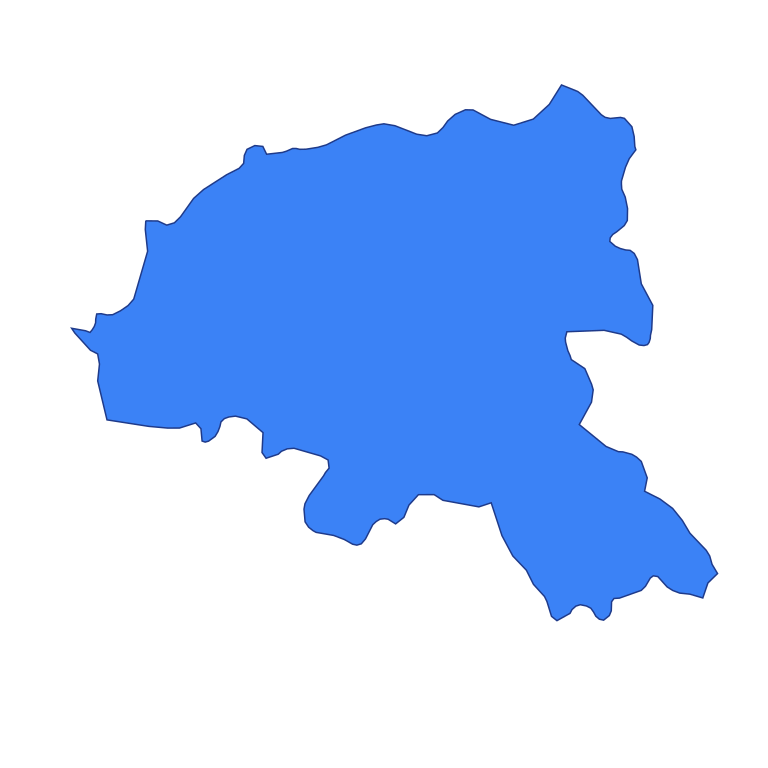 Guarda, Robinson projection, rotated 261°
{"feature_id": "PRT-753", "entity_name": "Guarda", "entity_type": "District", "adm_level": 1, "iso_a3": "PRT", "parent_name": "Portugal", "parent_adm1": "", "projection": "robinson", "projection_center": [-7.291, 40.712], "detail": "fine", "context": "isolated", "style": "filled", "palette": "blue", "viewbox_px": 768, "rotation_deg": 261, "n_neighbors": 0, "source": "natural_earth", "source_scale": "10m", "svg_char_len": 2903}
<svg xmlns="http://www.w3.org/2000/svg" viewBox="0 0 768 768"><g transform="rotate(261 384 384)"><path d="M610.6,654.3L610.3,659.3L608.8,663.0L599.3,669.1L589.4,669.8L579.3,668.9L575.9,669.4L575.7,669.2L573.6,667.0L568.2,661.5L560.3,656.4L547.4,650.3L544.5,649.8L539.2,649.3L530.9,651.5L519.2,652.0L507.4,649.9L502.9,646.1L497.9,637.6L495.9,633.3L493.0,630.3L489.5,629.3L483.9,634.0L480.9,638.5L478.6,643.6L477.5,648.0L473.8,651.6L467.2,653.8L442.7,653.8L419.6,661.8L406.5,659.1L395.8,656.9L390.4,654.8L387.2,654.1L383.6,652.3L381.7,650.4L381.3,646.8L382.6,642.1L387.8,635.4L392.2,631.0L396.1,626.2L402.6,609.8L407.0,572.8L401.0,570.2L397.0,569.9L388.1,570.8L383.0,572.2L378.8,572.8L367.7,584.8L351.3,589.0L345.5,589.7L333.6,586.1L313.4,570.5L287.6,593.5L280.5,604.9L279.6,609.3L275.8,617.8L272.3,622.0L267.3,626.0L250.1,629.3L237.3,624.6L227.2,638.6L216.0,649.6L202.6,657.3L188.8,662.8L169.4,676.2L163.2,678.8L154.6,679.8L144.6,683.8L136.8,672.8L122.8,665.4L128.6,653.2L131.2,643.4L134.9,636.9L139.3,631.9L151.0,624.3L152.4,620.0L150.7,616.7L143.3,610.6L139.9,605.8L135.7,583.1L136.2,577.6L133.3,574.7L124.4,573.0L120.0,570.3L116.4,564.0L118.0,559.9L121.5,556.9L126.0,555.3L130.2,553.2L133.1,549.2L135.3,543.3L134.6,538.8L131.8,534.4L128.4,531.9L123.2,517.8L128.3,513.1L143.7,510.9L149.0,509.3L162.7,500.3L177.8,495.5L194.0,484.3L215.7,476.8L249.9,471.3L247.8,458.5L259.9,424.0L266.9,416.2L269.3,400.7L260.5,389.7L249.2,382.8L244.0,373.6L249.8,366.9L250.9,363.5L251.1,358.9L249.4,354.8L246.8,350.9L233.9,341.5L229.7,336.6L229.1,332.0L230.7,327.9L236.6,320.5L242.3,310.6L248.1,293.7L250.3,290.9L254.3,287.2L260.2,284.5L272.9,285.4L278.1,287.2L285.6,292.7L302.8,310.0L305.8,312.4L309.5,316.6L317.7,316.9L322.9,310.1L334.6,285.1L335.1,278.3L333.6,272.2L331.2,268.6L329.1,255.9L335.4,252.8L354.9,256.9L371.0,243.1L375.5,232.3L375.7,225.6L374.8,220.9L372.0,217.0L367.7,215.3L363.0,212.6L358.7,209.0L355.0,201.8L354.6,198.3L356.1,195.4L368.5,196.2L375.0,191.9L372.5,175.2L374.3,163.5L378.9,145.2L391.9,104.8L431.8,101.7L448.2,106.1L458.5,105.9L463.2,99.4L482.7,86.6L487.9,84.2L483.3,97.5L480.9,101.7L483.2,104.3L486.1,106.8L489.5,108.7L493.1,109.4L498.1,111.2L497.7,115.6L495.5,121.3L494.9,126.9L497.5,135.1L501.5,143.5L507.0,150.1L552.1,171.3L573.9,172.4L582.2,174.2L582.6,174.2L582.4,174.3L580.4,186.1L574.9,194.3L576.0,202.2L581.0,209.2L597.1,225.0L604.3,236.2L615.4,261.5L619.7,274.7L623.9,279.9L631.6,281.8L637.2,285.4L639.7,293.7L637.6,301.5L629.3,304.0L628.6,319.8L629.2,324.0L630.9,330.5L630.4,334.0L629.0,337.4L628.1,343.6L628.1,355.7L629.2,364.5L635.8,384.9L639.9,405.8L641.0,417.0L641.0,424.6L637.4,435.2L625.6,455.4L622.5,465.1L623.6,476.0L628.1,482.4L633.8,488.0L639.2,496.5L642.1,507.3L640.7,514.9L628.7,530.7L619.3,552.6L622.3,572.9L634.3,591.0L651.6,606.1L642.6,621.1L638.1,625.5L616.0,640.7L612.8,644.1L610.9,649.0L610.6,654.3Z" fill="#3b82f6" stroke="#1e3a8a" stroke-width="1.5"/></g></svg>